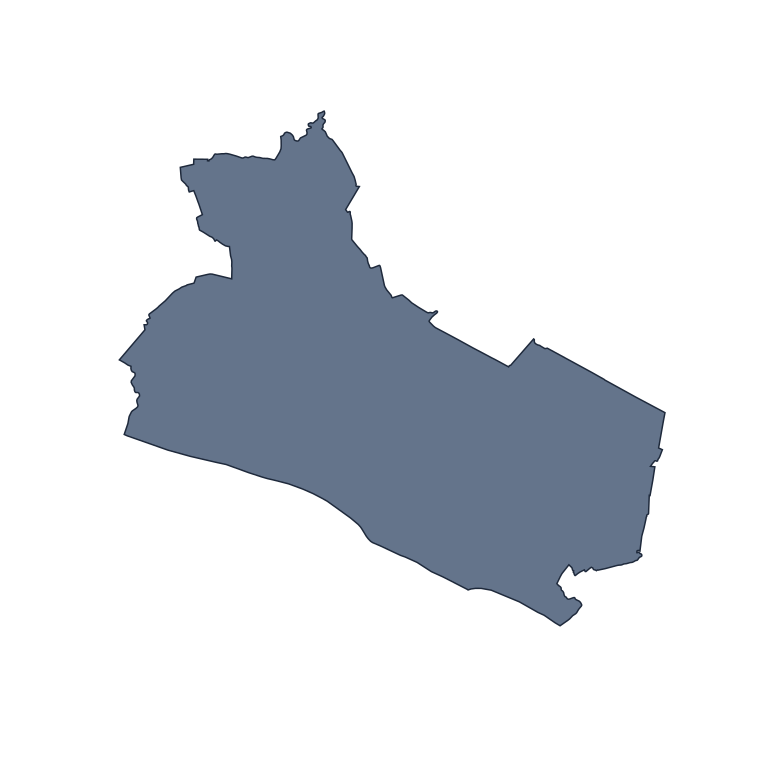 the district of O Mon, Can Tho, Vietnam, rotated 165°
{"feature_id": "81297802B2084996388105", "entity_name": "O Mon", "entity_type": "district", "adm_level": 2, "iso_a3": "VNM", "parent_name": "Vietnam", "parent_adm1": "Can Tho", "projection": "mercator", "projection_center": [105.627, 10.124], "detail": "fine", "context": "isolated", "style": "filled", "palette": "slate", "viewbox_px": 768, "rotation_deg": 165, "n_neighbors": 0, "source": "geoboundaries", "source_scale": "gbopen_adm2", "svg_char_len": 6171}
<svg xmlns="http://www.w3.org/2000/svg" viewBox="0 0 768 768"><g transform="rotate(165 384 384)"><path d="M557.3,347.1L537.7,333.4L526.2,325.9L521.1,322.8L515.8,320.0L502.1,312.3L489.9,303.7L481.0,296.6L473.7,289.9L469.2,285.5L451.2,263.5L445.3,255.1L443.7,252.0L442.8,249.4L440.4,241.2L439.2,238.4L437.6,235.5L436.1,233.8L429.6,228.7L412.4,214.2L408.3,211.4L398.2,203.1L386.8,190.5L377.1,182.5L356.2,163.6L356.1,163.3L353.1,163.5L348.4,162.9L343.0,161.4L333.8,157.1L309.6,138.5L294.5,123.6L289.2,119.2L280.6,109.1L276.5,104.9L267.2,108.3L265.4,109.1L261.7,111.4L258.3,112.5L257.0,113.3L254.5,115.8L252.6,117.2L251.0,118.3L250.3,119.1L250.2,119.8L250.6,121.7L250.9,122.5L251.6,123.7L254.3,126.0L254.9,126.9L255.1,128.2L255.3,128.4L256.3,128.6L260.2,128.3L261.1,128.3L261.8,128.5L262.6,129.2L263.1,130.7L263.4,131.2L264.3,131.9L264.4,132.4L264.6,133.6L264.5,136.2L265.1,137.9L265.9,138.8L266.0,139.3L266.0,139.9L265.7,141.1L265.8,141.8L266.3,142.7L267.3,143.9L267.4,144.2L267.6,144.2L268.7,146.4L263.7,152.2L261.2,154.8L252.2,161.5L250.2,158.2L250.0,157.6L250.0,155.6L249.8,155.0L249.1,154.5L249.1,154.3L249.9,153.4L249.5,152.5L249.5,150.8L249.3,150.0L249.1,149.6L248.7,149.5L245.8,150.8L243.1,151.7L238.6,152.6L238.2,150.8L238.0,150.7L237.4,150.6L232.9,152.7L231.2,153.3L230.0,152.3L229.7,150.8L229.2,150.2L227.7,149.4L227.2,148.7L226.0,149.1L225.3,148.8L217.9,148.4L206.0,148.4L204.4,148.3L201.9,147.8L200.8,147.8L199.0,148.1L196.1,147.7L192.7,147.8L190.5,147.5L188.9,147.7L186.8,148.3L185.3,148.2L184.7,148.4L182.2,150.4L180.2,150.8L179.5,151.2L179.2,152.1L179.3,152.6L179.5,153.1L179.9,153.6L180.8,154.1L181.2,155.2L181.5,155.5L181.9,155.7L183.2,155.5L183.4,155.6L183.2,156.5L182.9,157.2L182.4,157.5L180.7,157.3L180.0,156.4L174.4,170.3L170.2,177.5L165.7,186.2L165.4,187.1L165.0,187.7L164.5,188.1L164.2,189.2L163.9,189.5L162.3,190.0L162.0,190.4L156.6,207.8L155.9,207.4L149.3,221.4L143.8,233.9L147.9,235.5L144.9,238.0L144.0,238.4L142.8,239.5L142.1,239.7L141.4,239.5L140.6,238.9L140.1,238.8L139.7,238.9L138.9,240.2L137.3,241.5L136.4,242.6L132.1,248.5L135.3,251.1L124.1,275.1L120.0,283.6L144.1,306.1L169.7,330.7L170.1,331.4L180.2,341.3L217.0,376.3L219.4,376.5L223.1,380.3L223.5,380.9L225.6,382.1L227.0,383.5L227.6,384.4L227.9,385.7L227.3,388.1L227.8,388.8L256.2,369.7L256.8,369.3L258.1,369.3L259.2,368.3L270.6,379.1L273.2,381.4L288.9,396.0L301.5,408.1L319.8,425.2L321.2,427.1L324.0,432.1L324.2,433.1L323.0,434.2L320.4,436.2L317.3,437.8L314.8,438.8L313.8,439.6L313.6,440.2L314.0,440.8L314.8,441.1L315.6,441.0L317.5,440.3L318.5,440.1L319.4,440.4L320.1,440.9L321.0,441.2L322.9,441.3L324.0,442.1L330.7,449.0L336.2,455.2L338.3,458.6L343.2,465.2L344.3,465.5L353.5,465.1L353.9,465.4L354.2,468.0L357.0,474.1L357.9,477.4L358.1,479.0L357.2,497.1L357.3,499.1L357.6,499.7L358.3,499.8L364.8,499.1L366.6,499.3L367.3,499.9L367.6,500.6L367.6,502.2L368.0,504.6L368.0,507.1L367.6,510.1L368.4,511.8L368.6,513.0L369.4,514.0L371.0,517.1L372.2,520.0L374.1,523.7L377.7,531.7L377.7,532.4L374.5,542.8L373.2,547.5L372.9,549.6L372.6,555.6L372.7,556.8L372.1,558.8L372.2,559.3L372.8,559.6L374.4,559.2L374.8,559.4L375.9,562.4L356.7,581.1L359.6,582.2L359.7,582.6L359.7,583.2L359.2,584.1L359.2,586.0L359.1,588.2L359.2,592.2L360.2,596.4L364.5,618.0L365.0,619.4L365.8,620.9L370.2,632.2L370.9,633.7L372.5,634.8L373.2,635.4L374.5,637.7L374.8,638.4L374.9,639.6L375.4,642.8L376.7,644.8L377.8,646.0L377.9,646.4L377.8,646.7L376.6,647.5L376.3,648.3L376.0,649.8L375.5,650.5L374.6,651.3L373.5,651.9L372.8,653.0L372.6,653.6L372.7,654.5L374.7,656.4L374.9,657.1L374.8,657.5L373.3,658.3L371.9,659.7L371.3,660.6L371.1,661.6L371.1,663.0L371.9,663.1L373.7,662.5L377.1,662.3L377.7,662.0L378.0,661.3L378.6,658.4L379.1,657.4L380.6,656.2L381.8,655.9L384.5,654.5L385.3,654.5L385.9,654.6L386.9,655.2L387.6,655.3L389.6,654.9L390.0,654.3L390.1,653.2L389.9,652.5L388.1,651.6L387.9,650.9L388.0,650.4L388.4,650.2L391.2,650.2L392.6,649.9L393.2,649.3L393.3,646.6L393.9,645.1L394.8,644.5L401.0,643.3L403.3,641.3L404.2,641.0L405.4,641.3L407.0,642.4L407.5,643.2L407.5,646.4L408.0,648.0L408.9,649.5L409.7,650.6L412.6,652.4L413.9,652.4L415.2,652.0L416.1,650.9L417.0,650.3L418.0,650.0L419.7,649.8L420.2,646.3L421.7,640.5L422.6,637.9L424.5,635.3L426.4,633.4L429.9,630.0L431.3,628.9L431.6,628.8L433.1,629.3L436.2,631.1L438.3,632.1L442.6,633.3L445.4,634.9L447.7,635.7L449.1,636.3L451.5,638.0L452.6,638.2L456.5,637.8L457.3,638.1L458.2,638.7L459.4,639.2L461.3,638.8L462.6,639.0L467.8,642.5L473.6,646.0L476.0,647.2L477.6,647.7L479.0,647.8L481.2,648.4L486.0,649.2L487.3,649.8L487.9,649.8L488.3,649.6L490.9,647.1L492.3,646.3L493.4,645.9L494.6,645.8L495.1,645.4L495.4,644.8L496.7,645.3L496.2,646.7L509.5,650.4L511.0,645.5L524.7,646.0L526.6,635.7L526.8,633.5L526.0,632.0L523.8,628.4L523.6,627.4L523.1,626.4L522.3,625.3L522.1,624.7L522.5,622.5L522.6,621.3L522.4,619.9L517.7,620.0L517.0,613.9L516.5,607.7L516.3,606.0L515.6,594.6L520.7,593.5L521.8,593.1L522.1,592.5L522.3,591.9L522.0,589.4L522.3,587.2L522.2,585.7L522.4,584.6L522.2,584.0L522.2,582.6L522.4,580.8L522.2,580.3L519.5,577.7L513.9,571.6L512.4,570.6L511.0,568.6L510.3,565.8L509.8,565.7L508.6,566.5L508.0,566.1L507.0,565.0L505.9,563.4L503.8,560.9L501.4,558.5L499.0,557.2L497.7,556.8L499.0,547.6L499.0,543.7L499.4,541.2L500.6,537.3L500.8,535.6L501.3,533.8L503.9,525.0L521.5,534.6L523.6,535.3L526.0,535.5L537.8,535.9L541.2,530.9L541.6,530.6L548.6,530.7L549.4,530.3L554.3,529.9L557.2,528.9L561.9,527.9L564.8,526.5L573.7,521.0L581.2,517.4L582.6,516.5L585.0,515.4L592.5,512.4L593.0,512.0L593.3,511.3L592.9,508.3L593.1,508.0L595.0,507.8L596.1,507.4L596.8,507.0L597.2,506.5L596.5,504.6L596.6,503.9L597.1,503.1L598.0,502.7L600.4,503.3L600.9,498.2L633.4,475.8L629.0,471.5L626.4,468.5L623.8,466.6L624.5,464.3L624.5,462.6L624.0,461.1L622.4,459.8L621.8,459.0L621.8,458.0L622.5,456.2L627.2,452.5L627.8,451.0L627.3,448.2L626.5,446.0L626.2,444.9L626.7,442.7L626.6,441.0L626.1,440.1L623.8,439.4L623.2,438.7L622.9,437.6L623.2,435.7L626.4,433.2L627.1,431.9L627.3,430.0L627.2,428.3L627.2,426.9L627.9,425.7L629.8,424.7L634.0,423.2L635.2,422.4L638.2,419.0L638.8,418.1L641.6,412.1L648.0,402.5L645.3,400.3L609.6,375.9L589.9,364.3L566.1,351.6L557.3,347.1Z" fill="#64748b" stroke="#1e293b" stroke-width="1.5"/></g></svg>